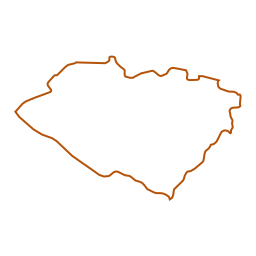 the border of Kashkadarya
{"feature_id": "UZB-361", "entity_name": "Kashkadarya", "entity_type": "Region", "adm_level": 1, "iso_a3": "UZB", "parent_name": "Uzbekistan", "parent_adm1": "", "projection": "equal_earth", "projection_center": [66.509, 38.762], "detail": "fine", "context": "isolated", "style": "outline", "palette": "amber", "viewbox_px": 256, "rotation_deg": 0, "n_neighbors": 0, "source": "natural_earth", "source_scale": "10m", "svg_char_len": 2978}
<svg xmlns="http://www.w3.org/2000/svg" viewBox="0 0 256 256"><path d="M218.8,80.4L218.3,80.9L218.0,81.3L217.9,81.9L217.7,83.2L218.3,86.7L220.2,88.6L228.4,91.5L233.9,91.8L236.6,92.9L236.9,93.2L237.5,94.2L237.8,94.6L238.3,94.7L239.4,94.5L239.9,94.6L240.5,95.7L240.6,96.9L239.9,103.9L240.3,106.0L239.3,106.9L238.1,107.4L233.2,107.7L232.3,107.9L231.5,108.2L231.1,108.5L230.7,108.8L230.2,109.4L229.8,110.0L229.6,110.7L229.6,111.4L230.2,113.5L230.6,116.7L232.2,119.8L232.4,120.2L232.5,120.6L232.5,121.2L232.4,121.7L232.2,122.2L232.2,122.8L232.1,123.3L232.1,123.7L232.2,124.2L232.3,124.6L232.4,125.1L232.6,126.0L232.7,126.5L232.7,127.0L232.5,127.7L232.2,128.4L231.4,129.5L231.1,130.2L231.0,130.9L231.0,132.5L230.8,132.9L230.6,133.2L230.1,133.1L229.8,132.9L228.5,131.5L228.2,131.3L227.9,131.1L227.4,130.9L226.4,130.6L225.3,130.4L224.4,130.5L223.5,130.7L222.5,131.2L221.9,131.7L221.5,132.1L221.1,132.6L217.0,140.8L216.4,141.7L215.1,143.0L214.5,143.5L213.5,144.1L210.8,144.8L210.2,146.1L209.5,147.4L208.3,148.8L205.7,150.9L205.3,151.5L204.9,152.7L204.5,154.2L203.8,158.8L203.3,161.0L203.1,161.4L202.2,162.4L194.7,168.7L190.8,171.0L190.0,171.2L187.5,171.6L187.0,172.1L186.3,172.8L185.3,174.7L184.5,176.5L184.3,177.5L183.9,178.6L183.5,179.7L183.0,180.6L174.6,188.8L174.1,189.5L173.7,191.0L173.3,194.6L172.9,195.8L171.9,198.0L169.8,199.4L169.0,196.9L166.7,195.2L164.2,193.9L161.6,193.2L156.4,193.1L154.2,192.5L147.3,189.1L144.1,184.9L142.1,182.9L139.9,181.8L135.4,180.5L131.2,177.0L129.3,175.9L124.8,175.2L117.9,171.7L115.6,171.5L113.6,172.3L110.3,175.1L108.6,176.1L103.9,176.5L99.3,174.9L88.1,167.0L81.3,162.3L72.1,155.8L65.7,149.7L56.7,141.2L52.1,138.2L42.1,134.6L33.4,129.3L19.2,116.9L15.4,111.7L16.4,110.6L22.7,103.6L25.9,101.4L35.3,97.5L39.0,96.2L50.3,92.0L50.7,91.7L51.0,91.4L51.2,90.6L51.1,90.1L51.0,89.7L50.7,89.3L48.6,86.6L48.1,85.9L47.8,85.1L47.7,84.7L47.6,84.3L47.6,83.8L47.7,83.3L48.1,82.6L48.8,81.6L54.0,75.9L54.4,75.6L54.9,75.3L55.7,75.2L56.4,75.3L57.2,75.0L58.0,74.3L64.9,67.4L68.1,64.9L74.8,63.3L76.1,62.4L105.1,63.2L105.8,62.9L107.3,62.1L108.7,61.1L109.0,60.7L109.3,60.4L109.4,59.9L109.4,59.4L109.3,58.1L109.4,57.6L109.5,57.2L110.1,56.8L110.9,56.6L113.0,56.7L113.6,56.8L114.1,57.0L114.4,57.2L114.7,57.5L115.0,57.9L115.1,58.3L115.8,61.2L115.9,61.6L116.0,61.7L116.3,62.3L117.1,63.4L120.6,66.9L122.6,68.3L124.3,69.7L124.5,70.1L124.7,70.6L124.7,72.0L124.6,73.4L124.6,74.0L124.7,74.7L124.9,75.7L125.2,76.2L125.6,76.6L130.1,77.8L132.6,77.8L133.6,77.4L135.0,76.5L141.5,73.2L141.9,73.2L151.7,70.9L153.0,70.8L154.7,71.9L158.7,75.2L159.8,75.8L160.7,76.0L161.2,76.0L166.3,73.9L166.9,73.3L169.1,69.8L169.6,69.4L170.1,68.9L171.2,68.3L172.4,67.9L173.3,67.9L178.6,68.8L184.4,70.0L185.9,70.2L187.2,72.8L187.5,74.1L187.1,76.5L186.9,77.9L187.0,78.6L187.3,79.2L187.7,79.5L188.1,79.7L188.6,79.9L189.6,80.1L197.1,79.8L197.9,79.6L198.3,79.5L198.6,79.2L198.9,78.8L199.0,78.3L199.1,77.9L199.0,77.4L198.9,76.5L199.0,76.1L202.6,76.2L218.8,80.4Z" fill="none" stroke="#b45309" stroke-width="2"/></svg>